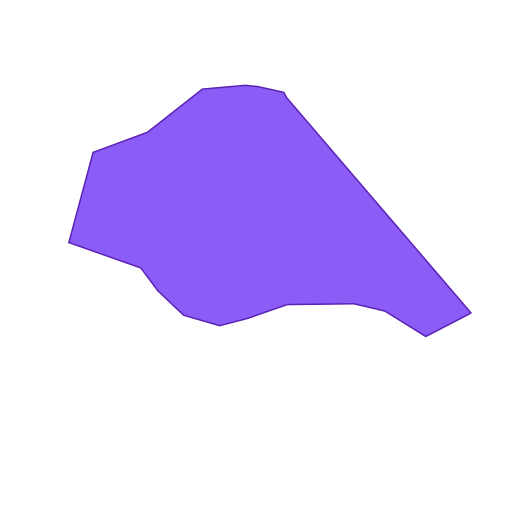 SVG path tracing the border of Žirovnica, rotated 48°
{"feature_id": "SVN-259", "entity_name": "Žirovnica", "entity_type": "Municipality", "adm_level": 1, "iso_a3": "SVN", "parent_name": "Slovenia", "parent_adm1": "", "projection": "robinson", "projection_center": [14.178, 46.406], "detail": "fine", "context": "isolated", "style": "filled", "palette": "violet", "viewbox_px": 512, "rotation_deg": 48, "n_neighbors": 0, "source": "natural_earth", "source_scale": "10m", "svg_char_len": 419}
<svg xmlns="http://www.w3.org/2000/svg" viewBox="0 0 512 512"><g transform="rotate(48 256 256)"><path d="M152.9,125.9L158.8,127.3L442.0,134.3L441.7,137.0L441.2,138.6L429.4,183.7L383.3,197.0L357.0,215.2L312.9,265.4L296.7,304.1L283.4,329.7L251.6,349.4L216.4,352.2L187.8,349.6L120.8,386.1L70.0,307.7L91.4,253.9L96.1,184.2L121.8,150.0L131.3,141.3L152.9,125.9Z" fill="#8b5cf6" stroke="#5b21b6" stroke-width="1.5"/></g></svg>